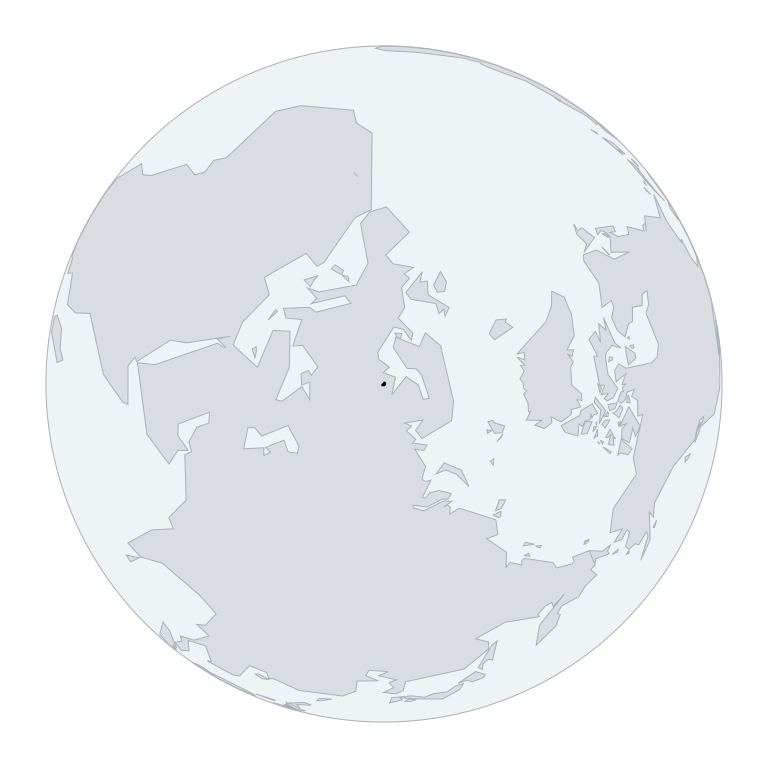 Põlva highlighted on a globe, orthographic projection, rotated 117°
{"feature_id": "EST-2347", "entity_name": "Põlva", "entity_type": "County", "adm_level": 1, "iso_a3": "EST", "parent_name": "Estonia", "parent_adm1": "", "projection": "orthographic", "projection_center": [27.097, 58.038], "detail": "fine", "context": "on_globe", "style": "filled", "palette": "ink", "viewbox_px": 768, "rotation_deg": 117, "n_neighbors": 0, "source": "natural_earth", "source_scale": "10m", "svg_char_len": 11690}
<svg xmlns="http://www.w3.org/2000/svg" viewBox="0 0 768 768"><g transform="rotate(117 384 384)"><circle cx="384" cy="384" r="338" fill="#eef3f6" stroke="#a8b0b8"/><path d="M159.0,131.9L206.7,98.1L176.1,117.6L188.3,108.5L200.5,100.4L198.3,102.1L219.1,91.1L235.5,82.9L261.0,76.2L277.5,82.2L267.9,84.5L272.9,86.2L285.3,83.8L292.2,81.8L326.4,88.8L367.4,88.9L380.4,83.5L377.5,89.5L402.2,76.1L424.5,75.2L399.2,79.8L396.6,83.2L411.7,84.0L412.2,87.7L419.8,90.5L419.1,95.0L404.5,98.0L403.7,101.2L414.5,101.7L420.5,107.0L404.9,105.7L413.9,115.1L390.9,123.1L349.7,118.1L336.7,128.4L293.7,139.6L297.4,143.3L283.5,150.6L282.6,157.8L274.9,158.4L280.9,163.7L288.1,161.8L293.2,163.7L293.3,167.9L283.5,169.2L282.0,167.2L279.2,169.9L274.2,168.8L276.7,171.7L264.8,173.1L276.7,178.1L267.3,184.6L259.3,183.9L260.1,175.6L243.6,155.2L235.8,152.9L224.0,157.4L201.8,182.9L193.2,184.2L181.6,192.0L186.2,194.8L197.0,189.8L202.9,197.5L215.4,191.0L219.6,193.4L232.5,190.7L230.5,200.2L221.6,211.3L210.8,214.3L206.6,219.5L216.8,224.4L196.7,238.2L183.5,262.0L178.3,264.9L168.2,255.7L168.2,235.3L155.1,225.6L163.5,241.5L150.4,249.4L148.2,254.9L148.8,260.4L153.8,261.3L149.3,266.3L139.3,251.8L143.2,247.1L146.4,251.5L146.3,242.3L139.5,233.6L133.4,238.8L129.6,221.9L125.1,225.6L121.8,224.3L129.1,219.4L115.9,228.2L110.5,213.3L92.4,229.9L110.3,206.5L116.7,194.9L123.0,182.8L119.9,185.1L132.3,167.3L136.6,157.7L128.1,163.8L115.8,178.5L103.0,196.7L103.9,196.8L97.2,209.2L92.0,214.0L78.7,240.0L75.5,246.1L86.0,224.7L97.9,204.2L111.2,184.5L125.9,165.9L141.9,148.3L159.0,131.9ZM60.4,286.5L59.7,288.9L59.6,291.1L57.9,302.4L54.2,312.5L56.2,312.0L53.2,325.2L52.0,355.8L51.2,355.6L49.6,394.0L53.9,428.3L54.8,442.7L53.7,443.9L56.5,455.5L56.7,458.7L73.2,504.5L86.1,533.6L88.7,543.9L83.8,539.0L84.6,540.7L74.3,519.3L65.6,497.1L58.4,474.4L52.8,451.3L48.9,427.8L46.7,404.1L46.1,380.3L47.2,356.5L50.0,332.9L54.4,309.5L60.4,286.5ZM87.9,233.6L73.2,269.4L76.8,254.1L77.0,255.8L81.7,245.5L88.9,229.5L93.4,217.3L87.9,233.6ZM92.0,238.0L94.1,232.5L92.7,237.3L92.0,238.0ZM295.2,80.5L285.5,83.4L274.1,84.5L282.1,81.6L295.2,80.5ZM316.9,80.3L312.5,82.4L307.3,79.4L311.4,79.1L316.9,80.3ZM389.6,79.1L381.6,79.3L389.2,77.9L389.6,79.1ZM421.0,90.1L423.1,88.9L426.2,90.9L421.0,90.1ZM232.7,185.7L232.6,188.1L230.3,187.3L232.7,185.7ZM238.4,182.3L235.9,179.7L238.2,177.7L239.7,179.3L238.4,182.3ZM427.9,99.8L432.2,103.6L425.3,100.2L427.9,99.8ZM241.1,186.1L242.6,174.6L246.8,171.3L256.2,174.9L241.1,186.1ZM433.0,106.2L443.5,115.9L449.1,114.0L439.3,125.4L433.6,113.1L424.2,109.0L431.2,109.1L433.0,106.2ZM290.3,159.5L282.6,161.6L288.9,156.0L290.3,159.5ZM293.1,155.5L305.2,136.7L316.7,136.0L310.3,142.3L325.0,138.7L324.7,147.5L316.5,151.5L309.2,150.1L314.6,154.6L293.1,155.5ZM432.1,130.5L432.5,133.5L429.3,130.9L432.1,130.5ZM295.7,164.0L297.1,160.1L307.1,159.2L306.1,166.9L303.2,164.7L295.7,164.0ZM329.0,133.6L336.3,134.5L338.0,141.8L341.1,143.3L325.6,147.7L329.0,133.6ZM301.0,167.0L305.3,170.9L300.7,175.2L295.0,167.8L301.0,167.0ZM310.1,155.8L314.8,155.8L311.9,158.2L310.1,155.8ZM286.9,193.6L288.4,188.5L293.7,187.5L286.9,193.6ZM307.2,172.0L308.8,170.5L311.1,169.7L312.9,173.1L307.2,172.0ZM327.9,152.8L327.1,155.8L334.3,151.3L335.9,156.9L325.3,159.0L330.5,160.4L331.0,162.2L321.8,162.0L327.9,152.8ZM321.6,174.1L308.7,179.2L304.8,188.5L299.9,189.6L307.1,174.4L321.6,174.1ZM322.6,167.0L320.9,171.6L315.7,170.3L313.6,166.4L322.6,167.0ZM340.8,160.1L341.1,150.9L343.4,150.8L340.8,160.1ZM321.5,177.0L324.6,175.8L321.9,177.8L321.5,177.0ZM336.0,165.5L335.8,162.2L338.5,162.1L336.0,165.5ZM331.1,176.2L326.9,177.7L325.3,175.0L331.1,176.2ZM334.2,171.4L337.8,172.2L327.3,173.1L333.6,169.9L334.2,171.4ZM338.5,166.0L340.0,164.9L338.3,167.4L338.5,166.0ZM339.3,185.7L326.4,187.6L323.0,181.5L336.0,180.5L339.3,185.7ZM339.6,719.0L322.0,715.2L297.7,700.0L307.1,694.0L303.9,685.9L277.9,659.6L283.6,647.7L276.6,639.9L262.1,637.3L254.0,627.2L245.2,624.0L190.4,604.4L173.7,584.4L154.0,535.5L164.0,526.9L165.9,508.5L234.5,474.5L249.0,485.4L302.8,492.7L309.5,497.0L303.0,512.7L343.3,539.0L356.5,526.7L393.2,538.2L417.7,536.1L426.7,504.4L386.6,507.2L379.8,491.6L412.1,475.9L447.1,473.2L445.6,467.1L423.6,456.0L431.8,442.9L416.0,451.0L422.3,457.0L412.5,462.5L406.2,457.5L409.3,452.8L398.8,450.7L386.5,474.1L391.6,482.6L363.9,486.5L369.7,501.4L362.2,507.8L349.5,485.3L350.8,477.1L327.1,450.1L323.2,458.9L345.3,485.2L338.3,482.7L333.2,495.7L331.6,483.8L308.5,453.6L283.6,453.1L251.6,477.8L237.1,474.8L225.1,462.2L237.1,430.4L268.1,440.9L272.8,430.6L266.8,410.7L276.7,415.9L278.1,409.3L289.9,412.2L306.7,400.2L318.7,401.3L325.6,381.4L332.7,379.5L326.6,391.7L328.7,401.1L358.6,403.9L364.4,399.9L366.5,387.0L374.4,389.8L372.7,376.9L390.0,372.2L367.4,367.5L369.2,353.0L379.8,342.3L376.3,337.0L359.1,354.5L355.9,362.5L359.6,370.4L347.3,392.3L337.0,394.8L334.6,369.4L319.6,370.4L324.2,350.9L367.9,314.1L386.0,307.1L415.3,325.5L410.9,334.9L398.2,332.9L409.6,347.9L408.9,340.3L415.5,342.9L418.9,330.5L423.7,331.8L418.8,318.0L425.1,318.2L428.1,326.9L438.6,309.6L451.8,307.0L451.9,302.5L448.2,298.5L467.4,298.3L466.6,295.0L460.0,293.8L454.0,286.7L451.0,274.2L457.8,274.8L459.8,279.4L474.3,290.2L478.6,302.8L481.1,301.8L479.0,291.1L461.3,277.8L457.6,270.2L466.7,275.2L463.1,272.7L463.4,269.2L470.0,266.4L460.4,260.5L454.2,222.7L466.5,214.2L475.3,222.4L478.2,198.5L491.8,192.0L485.7,190.7L482.9,179.1L478.6,181.0L475.5,179.5L466.4,152.2L469.6,146.8L458.8,134.7L455.6,134.2L452.7,137.5L439.3,125.4L449.1,114.0L455.8,115.6L457.4,107.8L472.4,112.9L485.5,114.0L500.9,125.0L509.9,125.4L509.5,122.3L521.5,121.0L547.6,129.8L528.3,135.9L489.5,128.0L505.5,132.1L502.4,135.3L508.5,139.5L519.7,142.3L520.7,140.0L541.4,168.0L569.5,186.7L566.3,173.9L572.6,170.4L601.7,183.3L639.5,229.7L648.4,227.7L654.5,232.4L659.1,244.4L650.3,237.7L647.5,243.7L641.9,238.5L646.4,256.3L638.4,249.6L645.8,267.3L652.1,268.0L651.1,254.4L660.9,273.2L670.5,269.6L680.8,279.2L695.5,320.3L696.7,348.1L698.7,353.0L694.4,357.5L696.0,376.0L709.7,380.1L711.8,386.4L710.9,415.9L709.6,412.0L698.3,424.1L701.4,442.1L710.2,436.5L713.3,443.8L708.9,452.9L705.1,447.2L701.0,451.1L698.4,436.9L687.9,425.4L683.2,441.8L680.0,433.5L664.8,429.3L656.0,452.3L644.3,500.1L648.6,522.5L642.0,540.0L619.4,524.7L608.6,505.9L600.8,515.0L577.2,507.6L537.6,529.3L531.6,524.7L524.2,531.6L507.5,531.2L498.3,522.3L488.3,526.7L513.0,549.1L523.6,544.2L532.0,528.5L536.9,537.5L552.9,539.3L536.4,572.4L477.0,613.3L470.7,596.8L423.1,550.7L424.3,543.8L424.0,543.1L423.4,541.8L419.6,553.1L411.2,542.5L437.2,579.0L441.7,594.1L476.2,614.5L473.1,618.0L484.0,620.4L518.5,602.9L518.8,608.5L502.8,638.4L454.6,678.0L460.8,691.4L457.0,702.0L426.5,711.9L428.8,716.0L413.1,718.7L411.8,720.1L398.9,721.6L392.9,721.8L366.2,721.4L339.6,719.0ZM211.0,501.5L209.1,507.0L211.0,501.5ZM484.8,485.4L505.5,479.6L495.3,462.1L502.4,458.6L496.3,454.1L494.4,460.9L479.5,447.7L488.1,438.4L485.1,429.8L478.0,431.4L464.6,450.7L486.0,469.4L481.6,479.3L484.8,485.4ZM52.1,356.6L51.5,362.3L51.4,357.4L52.1,356.6ZM74.8,255.5L72.9,261.8L71.0,266.3L72.1,262.1L74.8,255.5ZM64.4,307.3L63.4,315.3L63.4,308.5L64.4,307.3ZM71.4,274.9L65.2,301.3L65.4,289.5L69.8,273.2L68.2,282.2L71.4,274.9ZM87.9,239.9L86.1,244.3L85.0,244.7L87.9,239.9ZM90.9,241.5L91.2,240.1L93.1,237.1L90.9,241.5ZM151.0,250.2L151.6,251.5L151.2,257.4L149.1,255.5L151.0,250.2ZM163.0,280.1L155.5,287.5L159.4,280.6L155.0,279.0L157.9,263.0L175.8,265.5L167.2,267.0L163.0,280.1ZM166.6,243.0L162.8,252.4L166.3,242.0L166.6,243.0ZM274.1,372.0L278.0,378.1L273.2,384.8L258.1,384.8L264.7,374.8L274.1,372.0ZM284.5,385.2L286.3,360.8L295.8,360.4L290.2,364.7L296.3,366.8L288.8,374.4L296.2,398.4L292.5,406.0L266.5,400.9L277.0,398.2L272.6,392.2L284.5,385.2ZM274.0,304.1L274.9,294.9L294.4,305.6L291.3,313.1L276.0,313.2L270.6,304.4L274.0,304.1ZM257.4,195.4L256.5,192.1L259.2,191.6L262.2,194.0L257.4,195.4ZM287.2,191.3L264.2,209.6L262.0,206.6L251.2,221.6L241.2,219.7L248.5,210.0L232.7,220.1L235.3,210.6L225.3,218.5L242.6,197.0L244.3,189.2L246.2,198.4L255.4,200.3L259.9,198.7L273.8,188.8L282.0,173.7L292.4,173.5L297.6,177.5L297.2,181.1L290.6,179.9L294.8,185.6L284.9,186.8L287.2,191.3ZM352.2,230.9L344.7,226.8L351.6,240.8L341.7,241.0L343.2,242.6L335.9,246.8L329.7,254.9L325.2,253.7L324.7,257.4L319.9,260.5L317.7,265.2L308.9,264.9L305.5,270.8L303.3,267.3L299.7,277.7L298.5,269.8L292.2,273.4L296.7,279.1L254.9,268.0L238.4,270.2L225.2,276.7L224.8,263.0L236.8,248.6L254.6,236.4L270.6,236.5L267.5,230.6L274.2,229.0L273.8,234.3L278.4,225.3L283.9,225.5L299.7,216.2L303.0,203.6L308.9,200.2L310.3,205.2L315.1,198.3L321.9,205.6L326.2,203.4L337.2,208.7L337.5,220.1L342.3,216.8L350.9,221.0L352.2,230.9ZM342.2,187.5L344.8,200.5L340.7,207.3L323.3,195.4L318.4,196.4L307.1,189.5L313.3,180.1L316.0,182.8L320.0,183.4L316.4,186.1L322.3,184.3L326.2,188.2L331.7,187.9L331.1,192.2L342.2,187.5ZM317.3,491.9L322.5,493.5L330.7,493.9L327.6,502.4L317.3,491.9ZM301.2,471.6L305.9,471.4L305.5,483.0L300.1,481.6L301.2,471.6ZM308.8,461.7L306.2,470.5L304.4,464.9L308.8,461.7ZM331.0,390.9L336.1,390.1L336.5,393.2L333.6,397.5L331.0,390.9ZM370.6,274.3L367.0,270.4L368.6,268.7L366.6,257.4L373.8,256.6L377.7,263.1L370.6,274.3ZM419.7,510.6L412.5,517.3L408.9,514.7L412.1,512.9L419.7,510.6ZM367.7,512.0L379.5,516.2L366.8,514.3L367.7,512.0ZM378.1,271.5L376.5,266.9L381.1,269.4L378.1,271.5ZM378.9,255.5L384.3,257.3L374.4,255.2L378.9,255.5ZM513.4,684.9L488.8,703.7L473.3,708.1L471.1,706.4L480.8,696.7L499.1,688.8L508.3,681.1L513.4,684.9ZM712.9,461.6L712.5,463.2L713.9,457.0L715.1,451.3L712.9,461.6ZM713.7,458.0L708.9,470.2L696.3,472.9L701.0,463.5L712.9,449.4L712.3,453.9L715.3,448.1L713.7,458.0ZM719.8,421.5L719.1,427.4L718.5,423.3L718.9,414.8L719.9,407.8L719.5,362.3L720.2,356.8L721.4,372.8L721.7,371.8L721.7,396.7L719.8,421.5ZM650.1,523.3L657.5,529.1L653.3,536.0L650.1,523.3ZM715.9,338.5L718.3,357.6L715.0,336.9L715.9,338.5ZM711.8,322.6L713.4,325.8L712.1,326.7L711.8,322.6ZM701.9,358.7L701.0,367.1L699.3,364.5L699.5,352.2L701.9,358.7ZM688.6,287.7L694.7,295.9L696.7,300.2L693.3,298.7L688.6,287.7ZM436.8,261.7L431.6,278.0L432.6,290.0L440.5,296.8L427.0,294.5L425.6,276.0L436.8,261.7ZM451.4,227.3L444.3,221.9L448.8,220.0L451.0,220.9L451.4,227.3ZM446.2,227.1L435.0,228.7L431.9,222.9L441.4,222.8L446.2,227.1ZM406.6,249.7L404.5,254.4L400.8,252.2L406.6,249.7ZM716.8,325.4L716.6,327.4L718.1,337.7L713.5,312.8L714.7,315.0L716.8,325.4ZM714.1,318.3L715.7,327.8L713.0,315.0L714.1,318.3ZM715.1,327.5L713.5,323.7L713.2,318.6L715.1,327.5ZM713.6,314.7L710.5,305.6L711.9,307.2L713.6,314.7ZM709.2,316.1L711.4,311.2L711.5,324.0L703.8,310.1L703.2,302.9L709.2,316.1ZM657.4,221.2L653.3,219.0L650.7,212.1L654.2,215.5L657.4,221.2ZM638.1,188.9L648.6,209.6L656.3,227.1L657.4,224.5L665.5,234.1L660.0,234.7L649.3,217.8L644.7,205.7L637.2,199.0L629.6,187.8L620.7,183.3L615.1,177.3L621.8,177.8L638.1,188.9ZM617.0,182.0L598.7,171.9L596.8,162.0L600.4,162.0L609.6,170.6L610.0,175.3L617.0,182.0ZM593.7,166.7L593.9,171.3L567.6,169.3L561.6,166.6L580.6,162.0L581.9,166.2L588.7,168.7L593.7,166.7ZM436.0,133.1L432.8,133.4L434.5,131.2L436.0,133.1ZM473.2,180.9L469.2,178.5L471.3,175.8L473.2,180.9ZM459.3,170.8L459.6,175.5L456.4,170.3L459.3,170.8ZM460.9,186.2L458.4,177.2L464.8,186.2L460.9,186.2Z" fill="#d9dde1" stroke="#a8b0b8" stroke-width="1"/><path d="M385.3,383.1L385.5,383.5L385.7,383.9L385.7,384.0L385.8,384.3L385.8,384.5L386.1,384.9L386.2,385.0L385.9,385.3L385.4,385.3L385.1,385.2L384.9,385.1L384.7,385.2L384.6,384.9L384.6,384.7L384.5,384.8L384.4,384.7L384.2,384.7L383.9,384.5L383.5,384.6L383.4,384.6L383.2,384.6L382.9,384.6L382.7,384.5L382.4,384.6L382.3,384.2L382.3,383.9L382.3,383.6L382.5,383.5L382.5,383.4L382.6,383.2L382.8,383.1L383.1,383.1L383.2,382.9L383.3,382.8L383.5,382.8L383.8,382.7L384.0,382.8L384.0,382.7L384.5,382.7L384.5,382.8L384.6,383.0L384.7,382.9L385.2,383.1L385.3,383.1Z" fill="#0f172a" stroke="#020617" stroke-width="1.5"/></g></svg>